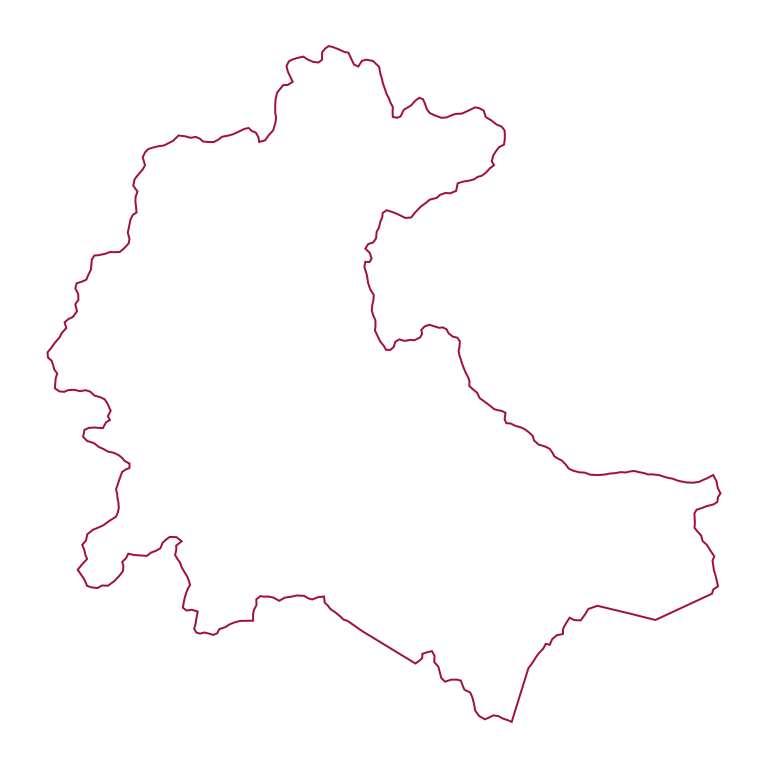 outline of Colatina, Espírito Santo, Brazil
{"feature_id": "56859067B84433470504301", "entity_name": "Colatina", "entity_type": "district", "adm_level": 2, "iso_a3": "BRA", "parent_name": "Brazil", "parent_adm1": "Espírito Santo", "projection": "orthographic", "projection_center": [-40.658, -19.472], "detail": "fine", "context": "isolated", "style": "outline", "palette": "rose", "viewbox_px": 768, "rotation_deg": 0, "n_neighbors": 0, "source": "geoboundaries", "source_scale": "gbopen_adm2", "svg_char_len": 6032}
<svg xmlns="http://www.w3.org/2000/svg" viewBox="0 0 768 768"><path d="M109.6,520.7L103.5,525.2L98.3,527.6L93.3,529.6L87.3,534.2L86.0,540.6L82.2,544.8L84.2,549.6L85.3,554.6L87.1,559.0L82.4,564.0L77.7,569.7L84.3,579.4L87.1,585.9L91.4,587.3L97.2,588.1L102.1,585.5L108.0,585.7L114.4,581.0L119.1,576.1L123.0,571.0L123.4,565.9L122.2,562.0L126.1,558.1L128.3,553.7L134.3,555.0L146.8,555.9L151.1,552.6L155.6,550.9L160.3,548.4L162.7,542.6L166.4,539.3L169.8,536.9L176.6,537.2L181.6,541.3L176.2,545.6L176.3,549.7L175.1,555.1L177.4,558.9L179.8,562.2L181.9,567.8L184.7,572.4L187.2,576.5L188.9,580.8L190.1,585.0L187.8,588.7L186.2,593.0L184.8,597.6L183.7,602.6L182.9,607.8L186.6,610.5L192.0,609.8L197.7,611.6L196.4,618.5L195.5,624.2L194.2,629.0L196.5,632.7L200.2,633.6L204.4,632.5L208.6,633.5L213.3,634.9L217.2,633.3L219.2,629.2L225.6,627.0L229.1,624.6L234.2,622.5L240.1,620.9L253.1,620.7L253.1,613.7L254.1,609.6L256.5,605.1L256.3,599.4L260.4,596.1L264.5,596.7L268.3,596.5L273.5,597.6L279.1,600.8L285.0,597.6L291.3,596.7L296.7,595.5L304.1,595.8L308.4,598.4L312.3,599.5L317.9,597.2L324.0,596.5L324.7,602.6L327.9,605.6L330.2,608.9L335.1,612.2L340.4,616.5L343.4,619.5L347.6,620.9L362.5,631.3L415.4,663.5L418.9,661.1L422.2,658.2L422.4,653.8L427.3,652.2L431.9,651.1L434.5,655.8L434.3,662.1L438.4,666.8L440.0,673.1L441.4,678.2L445.1,681.7L450.9,679.7L456.5,679.6L460.8,680.6L462.4,684.9L464.4,689.7L470.2,692.5L472.4,697.5L473.9,703.5L475.3,710.8L479.1,716.0L484.9,719.3L488.5,717.8L493.3,715.4L498.5,716.1L502.7,718.5L507.9,720.2L511.7,721.9L528.4,668.2L531.1,664.7L533.5,661.2L535.6,657.7L538.7,653.4L543.2,648.7L545.8,643.8L549.7,644.8L552.2,639.2L556.7,635.3L562.9,634.0L563.1,628.6L565.6,624.0L569.6,617.7L574.3,620.1L580.7,620.4L585.1,614.3L588.3,609.0L597.4,605.8L631.2,613.9L655.4,620.0L712.0,593.7L713.3,589.4L718.0,586.4L716.9,581.1L715.3,574.6L713.9,570.1L712.5,560.6L714.3,556.3L710.6,550.9L706.9,544.9L702.6,541.0L701.2,535.6L697.4,531.4L694.5,527.8L694.9,522.9L694.4,513.4L696.6,509.7L701.5,508.2L706.4,506.2L710.1,505.3L713.8,504.3L717.3,501.9L718.1,496.9L720.5,493.4L717.7,487.9L716.5,481.2L713.2,475.0L706.4,478.6L702.8,480.1L699.2,481.8L693.5,482.7L686.9,482.5L681.0,481.4L677.3,480.5L672.7,478.7L668.3,477.9L664.2,476.8L659.5,475.2L653.1,474.4L647.7,474.4L644.1,473.1L638.3,472.0L634.6,471.0L630.1,471.4L625.8,472.5L620.9,472.1L614.8,473.2L610.2,473.5L605.0,474.5L600.3,474.9L595.8,475.0L590.2,474.7L584.6,472.6L579.2,472.3L572.9,470.6L568.7,468.6L565.9,464.7L561.8,460.5L558.3,458.8L554.4,456.4L552.2,452.3L549.5,448.7L544.6,446.3L538.5,444.5L534.1,440.5L532.7,435.9L529.0,432.4L524.9,429.3L520.4,427.2L515.4,425.9L510.7,423.5L506.3,423.2L504.6,419.1L505.5,412.8L502.1,411.0L497.9,410.2L494.1,409.1L490.4,406.0L479.6,398.0L477.1,392.7L472.6,389.0L469.3,386.0L469.5,381.4L468.1,377.3L465.4,372.0L463.6,367.7L462.0,363.4L460.9,359.7L459.5,355.5L458.6,351.3L459.4,347.3L459.9,341.4L457.3,337.7L452.7,336.6L448.6,333.3L446.6,329.4L443.0,327.4L439.2,327.8L429.3,324.8L424.8,326.3L421.3,329.9L422.1,333.9L420.1,337.4L414.5,340.2L410.2,339.9L404.6,340.9L399.3,339.4L395.4,341.7L393.6,347.2L390.3,349.9L386.0,349.8L383.8,345.9L380.2,341.4L374.9,330.4L375.5,325.9L375.4,320.2L373.3,315.6L371.8,310.7L372.2,305.4L373.4,300.2L373.8,295.0L370.3,289.5L368.1,283.0L366.9,275.1L364.4,266.9L365.3,261.8L369.5,262.1L371.6,258.6L369.8,252.9L365.3,248.6L368.3,244.0L373.1,242.5L376.1,238.3L376.6,231.9L378.8,227.9L380.4,221.6L382.3,217.0L382.7,212.9L386.8,210.2L393.0,212.3L396.9,213.8L405.3,217.9L411.2,217.5L414.9,212.7L420.8,206.6L424.8,203.7L429.8,199.6L436.8,197.9L440.1,194.8L445.3,193.0L450.3,193.3L456.1,190.9L457.7,183.3L463.5,181.5L469.0,180.7L474.4,179.2L477.7,176.8L481.5,175.9L485.7,172.9L490.2,168.0L494.0,165.1L491.8,161.3L493.2,155.6L495.5,151.9L499.0,147.2L504.0,144.6L504.8,139.1L504.8,134.6L504.6,130.5L501.7,126.6L496.5,124.5L491.3,120.4L485.7,117.0L483.7,110.6L478.9,108.0L475.0,107.4L467.6,111.0L461.9,113.6L455.5,113.9L450.7,115.6L446.8,117.4L441.3,117.8L434.3,115.2L429.6,112.9L426.7,108.9L424.9,103.4L423.0,99.3L419.3,97.8L415.4,100.6L411.1,105.4L403.7,109.9L400.6,116.4L397.1,117.8L392.8,116.9L392.6,111.9L392.8,106.8L390.8,103.4L388.9,98.3L386.7,94.2L382.9,83.2L381.9,78.8L380.4,73.7L379.1,66.8L372.9,60.9L366.1,59.7L361.9,60.9L358.3,66.5L354.0,64.6L348.4,52.7L344.5,52.0L338.2,49.1L332.4,46.9L328.7,46.1L325.2,48.5L322.1,52.4L322.1,59.7L318.4,62.5L313.1,61.9L307.5,59.4L303.4,56.6L297.2,58.0L292.7,59.4L288.8,61.4L286.5,66.2L287.8,71.4L289.8,75.7L292.7,81.8L287.8,84.9L283.2,85.1L277.1,92.7L275.6,99.4L275.2,105.3L275.2,112.5L276.1,117.9L275.3,123.2L273.2,130.3L268.7,135.2L265.1,140.3L259.2,142.0L258.4,137.1L255.7,132.5L251.8,131.0L248.6,128.0L244.4,128.9L239.1,131.5L232.9,134.3L227.4,135.8L222.2,136.7L218.1,139.8L213.6,142.1L208.3,142.0L202.9,141.5L200.0,138.7L195.7,136.9L190.6,137.8L185.2,136.3L178.5,135.5L173.0,140.9L163.9,145.5L158.6,146.2L152.4,147.7L148.2,149.1L145.2,152.2L142.7,157.2L145.0,165.1L142.9,169.2L137.8,175.1L134.5,179.4L133.3,185.8L137.5,191.6L135.6,196.7L135.4,201.7L136.1,207.3L136.5,212.5L132.8,214.9L130.5,219.5L127.8,232.8L129.5,238.8L128.6,243.5L123.9,248.5L119.8,252.0L114.3,252.2L110.0,252.0L105.4,253.7L98.5,255.2L94.4,255.5L91.8,259.6L90.9,269.6L88.6,274.3L86.3,279.7L81.5,281.8L76.7,283.2L75.3,288.3L78.2,293.9L78.4,299.9L75.3,304.2L77.0,311.4L72.7,317.1L68.4,319.1L64.6,322.3L66.3,328.0L61.8,333.0L59.4,337.6L54.4,343.3L51.1,348.1L47.5,352.4L48.0,357.6L51.6,360.7L53.0,364.6L54.3,369.6L57.2,373.5L55.7,378.3L54.9,388.3L59.4,391.4L64.3,391.8L68.4,390.1L74.2,389.8L79.9,391.2L85.7,390.2L90.2,391.6L94.5,395.6L100.3,397.2L104.8,399.4L107.8,404.2L110.7,410.7L107.9,416.1L109.8,420.1L106.0,422.4L102.9,428.1L98.8,427.9L94.1,427.5L88.8,427.9L84.5,429.8L83.1,436.8L87.2,441.0L94.0,443.1L98.9,447.0L103.4,449.0L108.1,451.6L113.5,452.7L118.6,455.1L121.9,457.7L124.7,461.0L129.5,463.6L129.5,468.0L125.8,469.4L122.1,472.0L119.4,479.4L117.4,485.4L116.0,489.5L117.2,493.9L117.5,498.2L118.4,502.5L118.8,507.9L118.0,511.9L116.0,516.7L109.6,520.7Z" fill="none" stroke="#9f1239" stroke-width="2"/></svg>